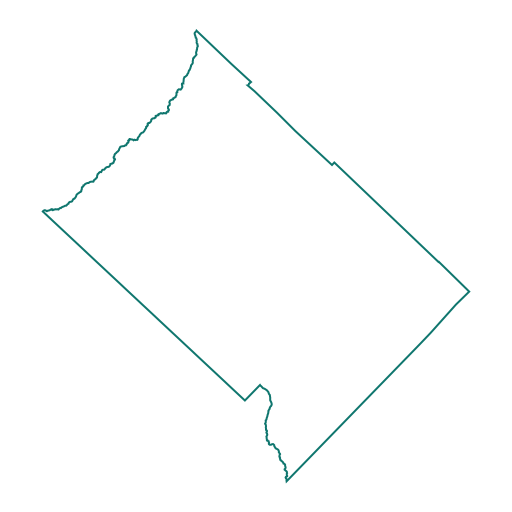 Tandil, Buenos Aires, Argentina
{"feature_id": "61730980B95090625918861", "entity_name": "Tandil", "entity_type": "district", "adm_level": 2, "iso_a3": "ARG", "parent_name": "Argentina", "parent_adm1": "Buenos Aires", "projection": "albers", "projection_center": [-59.395, -37.335], "detail": "fine", "context": "isolated", "style": "outline", "palette": "teal", "viewbox_px": 512, "rotation_deg": 0, "n_neighbors": 0, "source": "geoboundaries", "source_scale": "gbopen_adm2", "svg_char_len": 5870}
<svg xmlns="http://www.w3.org/2000/svg" viewBox="0 0 512 512"><path d="M286.6,481.3L419.7,344.3L430.5,333.0L456.0,304.5L469.2,291.6L438.8,261.8L438.5,262.0L334.3,162.5L332.0,165.0L295.3,131.0L277.1,112.8L254.5,91.2L247.7,85.4L248.2,85.3L248.5,85.1L248.6,84.6L249.0,84.0L249.0,83.6L250.3,82.7L250.5,82.5L250.6,82.3L251.0,82.0L231.1,63.7L196.5,30.7L196.2,31.4L195.3,32.2L194.8,32.8L194.6,33.4L194.8,34.5L194.9,34.9L195.1,35.1L195.3,36.0L195.5,36.3L195.7,37.7L196.2,38.0L196.7,39.4L196.5,40.1L196.8,41.4L196.6,42.7L197.0,43.7L197.5,44.1L197.4,45.1L197.7,45.4L197.8,46.4L197.2,47.3L197.1,48.4L197.0,49.0L197.0,49.6L196.6,50.1L196.7,50.8L196.1,52.2L196.1,53.2L196.5,54.6L194.8,56.7L194.2,57.1L194.0,57.8L193.5,57.9L193.1,58.6L193.0,60.0L192.7,61.3L192.8,62.5L192.7,63.1L192.5,63.6L191.1,65.3L191.0,65.6L191.0,66.4L190.6,67.2L190.3,68.4L189.8,69.5L189.7,69.9L189.4,70.2L189.1,70.3L188.9,70.6L188.9,70.9L188.3,72.6L188.2,73.1L187.9,73.5L187.3,74.2L187.1,75.1L185.2,76.8L184.5,77.0L183.8,78.6L183.5,81.8L183.2,82.9L183.2,83.2L183.3,83.5L182.0,83.7L181.9,84.6L182.0,85.0L182.2,85.4L182.1,86.0L182.4,86.7L182.3,87.2L181.8,88.1L181.5,88.7L181.1,89.1L180.7,89.3L180.6,89.6L180.2,89.6L179.8,89.4L178.8,89.3L177.7,90.2L177.2,91.5L177.3,92.2L176.6,92.5L176.4,93.0L176.5,93.5L176.4,95.3L175.7,96.4L175.5,97.2L174.5,97.6L173.9,98.1L173.2,98.3L173.1,98.6L173.1,99.3L172.8,99.5L172.1,99.5L171.8,99.6L170.1,100.6L169.6,101.5L169.3,102.3L169.8,103.6L169.8,103.8L169.7,104.1L169.7,104.9L169.6,105.1L168.7,105.7L168.0,106.6L168.0,108.3L168.6,109.1L168.9,109.7L168.9,110.0L168.5,110.1L168.3,110.9L168.1,111.1L168.2,111.7L168.0,111.8L167.3,111.7L166.7,112.1L166.2,112.8L166.3,113.2L166.1,113.4L164.3,113.2L163.8,113.0L163.5,113.0L163.4,113.3L162.9,113.5L162.2,113.6L161.0,113.1L160.6,113.2L159.6,113.9L159.2,113.9L158.5,114.2L158.4,115.2L157.5,115.2L156.8,115.8L155.9,115.8L155.7,115.9L155.8,116.6L155.6,116.8L155.6,117.5L155.4,117.7L154.6,117.9L154.2,118.3L153.4,118.3L152.4,118.6L151.3,119.6L151.3,120.3L151.2,120.5L151.1,121.1L150.4,122.1L149.4,123.0L148.7,122.9L148.4,123.1L148.2,123.1L147.7,123.7L147.9,124.0L147.8,125.2L147.3,125.4L147.2,126.3L146.8,126.4L146.1,126.9L146.1,127.7L146.0,128.3L145.4,128.9L144.4,130.8L143.3,132.2L142.9,132.5L141.6,132.9L140.7,133.7L140.6,134.1L140.2,134.4L139.8,134.9L139.4,136.0L138.0,137.6L137.8,138.0L137.7,139.1L137.6,139.5L137.2,139.9L136.4,139.8L135.5,140.1L134.4,139.7L133.7,140.2L133.5,139.9L132.5,139.7L132.3,139.5L130.4,139.3L130.0,139.0L129.6,139.0L129.4,139.9L129.0,140.0L129.0,140.3L128.3,140.6L128.6,141.3L128.5,141.7L128.5,142.0L128.2,142.6L128.0,142.8L127.6,142.7L126.8,143.6L126.7,144.4L126.4,144.5L126.0,145.3L125.1,145.4L124.7,145.6L124.4,146.0L124.0,146.1L122.0,146.3L120.5,146.7L120.2,147.0L119.6,148.3L119.1,149.2L118.9,150.3L118.3,150.8L118.0,151.4L117.3,151.8L116.6,152.4L116.2,153.0L115.0,153.9L114.7,154.6L114.5,154.8L114.4,155.7L114.1,156.4L113.7,156.9L113.6,157.7L114.0,158.5L114.7,158.6L115.0,159.5L114.7,159.9L114.4,159.9L114.2,160.7L113.9,161.2L113.9,161.6L113.7,161.9L113.5,162.7L112.9,163.2L112.5,163.2L112.0,163.7L111.3,163.7L110.3,164.1L110.3,164.5L110.2,165.0L110.0,165.5L109.1,166.6L108.5,166.9L107.1,167.0L106.7,167.3L106.1,167.5L105.8,167.9L105.2,168.3L104.8,169.0L104.3,169.6L102.6,169.8L102.1,170.2L101.2,172.1L100.0,172.0L98.9,172.8L98.8,173.2L97.6,174.2L97.6,174.7L97.2,175.4L97.0,177.4L96.6,177.9L95.9,178.4L95.7,178.9L94.8,179.5L94.6,179.8L94.3,179.9L93.7,180.7L93.6,181.4L93.4,181.7L91.0,181.7L89.9,182.0L89.5,182.2L88.6,183.0L87.5,183.0L86.4,183.4L85.6,183.8L85.3,183.9L83.8,185.5L83.4,185.5L83.3,186.3L82.7,186.9L82.3,187.0L81.9,187.4L81.8,189.2L81.6,189.5L81.6,189.8L81.2,190.7L81.3,191.1L81.1,191.5L80.5,192.0L80.0,192.1L79.5,192.4L79.1,192.8L78.0,193.5L77.2,194.1L76.5,194.9L76.0,196.5L75.4,197.5L74.4,198.7L74.0,198.7L73.6,199.1L73.2,199.2L72.1,201.3L71.3,201.7L69.9,201.9L69.2,202.3L68.7,202.8L68.6,203.6L67.3,204.4L66.8,205.1L66.2,205.7L65.2,205.7L63.5,206.6L62.7,206.8L61.7,207.3L61.0,208.0L60.6,207.9L59.8,208.2L59.6,208.5L59.0,208.8L58.5,209.5L57.6,209.2L57.2,209.4L56.6,209.3L56.2,209.4L55.3,209.2L54.7,209.6L54.0,209.5L53.4,209.9L52.8,210.2L52.3,210.1L52.2,209.8L52.2,209.4L51.9,209.1L50.8,209.5L49.6,210.3L47.5,210.8L46.9,211.2L46.5,211.1L45.7,210.4L44.7,210.2L44.3,210.3L43.3,210.9L42.8,211.5L244.9,400.5L260.0,385.0L260.4,385.6L261.2,386.2L263.0,388.2L264.5,388.7L266.8,390.2L268.4,392.1L268.9,393.8L269.9,395.1L269.9,395.9L270.2,397.4L270.2,400.2L270.4,400.7L271.0,401.8L271.6,403.3L271.7,404.7L271.1,406.0L270.5,406.5L269.9,407.5L269.6,408.4L269.7,408.8L269.2,409.4L268.4,410.8L268.5,411.3L268.3,411.8L268.3,412.8L268.0,413.8L267.6,414.8L267.3,416.5L266.7,418.0L266.5,419.3L266.1,420.1L265.7,420.4L265.8,422.1L265.5,423.1L265.1,423.5L265.2,424.0L265.4,424.1L265.8,424.8L266.0,426.4L265.8,427.4L266.0,428.4L266.0,429.9L266.7,430.4L267.0,430.9L267.0,431.2L266.4,432.4L266.6,433.1L267.0,433.4L267.1,433.8L267.1,434.3L267.3,434.8L267.0,435.6L266.5,436.3L266.4,436.5L266.6,437.3L266.7,438.9L267.0,439.7L266.9,440.3L267.1,440.6L267.7,440.5L268.1,441.1L268.7,441.3L268.7,442.0L269.1,442.9L268.8,443.8L269.0,444.2L269.6,444.7L270.0,444.8L271.2,444.7L272.2,444.1L273.2,444.1L274.2,445.1L274.3,445.9L274.4,446.4L275.2,447.5L275.4,447.8L275.4,448.0L275.7,448.4L276.8,448.9L278.0,449.6L278.3,449.9L278.9,451.3L278.8,452.2L279.4,453.1L280.0,453.8L280.1,454.1L279.6,454.9L279.5,455.4L279.5,456.1L279.4,456.4L279.4,456.7L280.0,457.3L279.8,457.9L280.1,458.6L280.2,459.8L280.9,460.2L281.1,460.7L281.6,460.9L282.0,461.4L282.8,462.0L283.0,462.5L283.3,462.7L283.5,463.6L284.6,464.0L285.1,464.7L285.1,465.8L285.5,466.9L285.6,467.7L285.4,468.3L284.6,469.2L284.6,469.7L286.8,471.6L286.9,472.6L287.1,473.1L286.8,473.5L286.8,474.5L286.8,475.2L287.2,475.9L287.2,476.2L286.7,476.6L285.9,476.9L285.6,477.5L286.0,478.5L286.6,479.1L286.8,480.1L286.5,480.5L286.6,481.3Z" fill="none" stroke="#0f766e" stroke-width="2"/></svg>